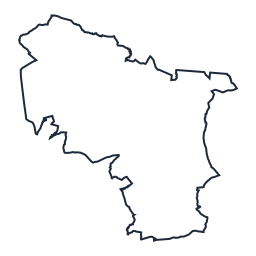 outline of Copacel, Bihor, Romania
{"feature_id": "2599482B8051644338806", "entity_name": "Copacel", "entity_type": "district", "adm_level": 2, "iso_a3": "ROU", "parent_name": "Romania", "parent_adm1": "Bihor", "projection": "natural_earth1", "projection_center": [22.162, 46.971], "detail": "fine", "context": "isolated", "style": "outline", "palette": "slate", "viewbox_px": 256, "rotation_deg": 0, "n_neighbors": 0, "source": "geoboundaries", "source_scale": "gbopen_adm2", "svg_char_len": 5735}
<svg xmlns="http://www.w3.org/2000/svg" viewBox="0 0 256 256"><path d="M200.2,206.8L199.7,206.3L197.9,206.2L197.5,205.0L197.3,203.6L197.8,202.5L197.4,201.2L197.6,200.5L196.7,197.9L197.5,196.0L197.1,194.4L197.5,193.0L198.7,190.5L197.1,190.2L197.0,189.9L197.5,188.9L197.4,187.8L203.6,187.1L204.1,185.0L206.9,181.6L211.6,177.7L214.4,177.0L219.2,175.2L213.7,168.8L212.9,168.1L211.4,167.2L211.5,166.6L209.5,162.6L208.8,160.3L208.0,158.9L206.7,153.5L206.1,148.3L204.2,143.1L203.5,137.5L204.0,132.5L204.4,131.4L205.1,130.5L205.5,127.7L205.8,127.1L206.1,125.2L206.5,124.0L206.4,123.1L206.0,122.5L205.5,122.5L205.6,121.8L205.0,121.0L205.2,120.2L204.8,119.3L204.7,118.6L205.0,117.7L205.4,117.5L205.5,114.1L206.3,114.1L207.3,110.7L209.3,107.3L208.8,106.0L208.3,102.9L212.6,98.5L214.0,94.2L211.7,91.2L215.1,89.8L216.3,90.0L222.8,92.4L227.7,90.4L229.3,90.3L231.1,90.5L232.5,90.2L234.4,89.6L236.8,88.4L234.2,84.4L233.8,84.2L232.9,83.2L231.7,82.9L231.3,82.1L231.1,80.4L230.8,80.2L230.9,79.3L230.3,78.6L230.4,78.3L230.1,78.1L230.1,77.0L229.6,76.8L229.4,75.9L228.8,75.8L228.0,74.9L227.5,75.0L227.0,73.9L210.1,72.6L209.5,78.4L208.6,77.4L205.6,74.7L204.3,72.1L176.5,70.0L176.1,70.2L176.2,72.8L175.9,73.2L176.2,73.5L176.3,74.4L176.8,74.5L176.8,76.1L176.3,76.7L176.8,77.9L175.4,79.7L171.3,80.1L171.8,75.3L159.0,69.7L158.1,69.9L157.3,69.3L155.9,67.6L155.6,66.9L155.1,65.1L154.2,62.8L153.8,60.8L153.4,60.0L151.8,57.9L150.2,56.3L148.2,59.2L146.8,62.1L145.5,63.9L143.4,63.2L140.6,63.5L138.4,62.2L135.3,59.7L133.8,61.3L132.9,61.4L129.9,60.9L129.1,60.4L127.3,60.1L125.7,60.8L125.8,59.8L126.2,59.5L126.0,59.0L126.7,58.8L126.8,58.4L126.7,57.8L128.4,57.3L129.3,57.3L129.2,56.7L130.0,55.8L130.4,55.8L130.8,55.0L130.5,54.8L131.2,54.0L131.2,53.8L130.9,53.7L131.0,53.2L130.9,52.9L129.8,52.8L129.8,52.0L130.8,51.6L130.7,51.3L130.0,51.1L130.5,50.7L130.4,50.5L129.4,50.4L129.4,49.9L129.9,49.7L129.9,49.4L128.2,49.2L128.3,48.5L125.7,47.7L123.2,46.1L121.7,45.8L117.9,45.5L117.3,44.0L117.9,42.5L117.2,41.7L116.5,40.2L114.8,38.0L114.1,36.2L112.3,36.7L109.2,36.7L106.5,36.4L102.5,35.3L102.1,36.0L101.6,36.3L101.3,35.9L100.7,36.2L100.4,35.8L99.6,36.1L98.4,35.1L97.4,34.8L96.9,34.2L96.6,34.1L96.5,33.4L96.1,33.2L95.8,33.4L95.0,33.4L94.7,33.9L93.9,34.2L93.4,34.1L93.4,33.9L92.9,33.7L92.6,33.9L92.3,33.5L91.9,33.8L91.6,33.7L91.2,33.4L90.8,33.4L88.6,32.5L87.3,32.6L86.8,32.2L85.9,32.3L84.4,32.0L83.6,30.7L83.1,30.6L82.8,30.2L82.1,30.0L81.9,29.4L81.0,27.9L80.6,26.5L80.3,26.5L79.2,25.2L78.4,24.7L77.5,25.0L76.9,24.8L76.0,24.0L75.1,24.1L73.6,23.4L71.1,20.5L61.2,17.9L57.9,16.2L53.8,15.4L53.6,15.6L53.2,15.4L52.7,15.7L51.5,15.5L51.4,17.1L48.2,22.0L47.6,24.6L45.7,24.3L42.8,25.1L41.3,25.0L39.8,24.5L38.6,24.9L37.5,26.0L36.8,27.0L34.7,28.6L32.6,29.7L32.1,30.3L29.5,31.7L28.5,33.0L27.2,33.8L25.2,34.5L22.9,34.7L21.9,35.5L20.9,35.7L20.1,37.2L19.2,40.0L19.7,40.3L19.5,41.1L19.6,42.3L20.3,43.6L22.4,45.4L23.7,47.1L27.2,49.3L28.9,51.9L30.0,52.8L28.7,53.9L36.3,60.2L32.0,62.2L22.1,68.2L21.3,69.3L20.8,69.6L20.8,74.7L21.4,81.0L24.3,104.8L25.8,115.2L26.1,118.5L26.5,119.3L28.5,120.7L32.5,122.5L33.0,123.1L34.4,126.2L35.7,133.4L36.0,133.9L37.1,134.3L38.0,131.8L40.5,128.2L41.1,126.0L42.3,123.5L42.2,122.6L42.9,122.2L42.9,121.4L46.1,120.2L46.2,119.9L46.0,119.6L43.7,119.7L43.8,118.2L52.3,115.9L52.7,117.0L52.8,118.5L53.5,119.4L54.0,121.6L52.3,122.9L51.5,124.2L58.1,126.1L57.6,129.5L57.1,131.1L56.5,132.1L55.3,132.5L52.8,135.2L51.8,135.1L51.6,136.1L51.4,136.4L50.5,136.9L50.1,138.1L51.9,137.0L53.5,135.7L55.4,134.9L56.0,134.4L59.2,133.7L60.9,132.3L63.4,132.3L66.2,132.6L65.5,134.9L66.1,136.6L65.8,139.4L64.7,142.1L65.0,143.0L64.9,144.2L64.0,144.7L63.3,147.6L64.1,151.3L64.6,152.6L65.3,152.9L69.5,152.8L72.7,152.1L74.1,152.2L75.0,152.6L76.9,152.3L80.2,152.6L81.7,153.1L85.4,154.9L91.3,161.4L93.1,162.6L95.0,161.9L97.7,161.6L106.3,157.4L109.6,156.8L112.9,155.5L118.7,155.0L118.8,155.3L118.7,156.0L114.2,160.1L112.2,162.8L110.6,163.5L110.7,164.5L110.4,165.6L110.8,166.4L109.8,167.5L110.8,168.7L109.5,171.1L109.5,171.7L111.5,176.5L111.7,178.2L111.9,178.3L112.0,178.0L115.0,176.6L116.6,177.0L117.5,178.1L119.5,178.8L121.5,179.9L122.1,179.8L122.8,178.9L124.9,177.4L126.6,176.8L127.1,177.2L127.4,177.8L132.0,183.5L129.3,185.7L128.9,185.6L128.5,186.2L127.9,186.2L127.9,186.7L127.6,187.2L127.0,187.4L126.7,187.4L126.9,187.2L126.7,187.0L125.9,187.4L124.9,188.6L124.4,188.2L124.1,188.5L123.8,188.3L123.5,188.6L123.4,189.3L123.2,189.4L122.9,188.9L122.6,188.9L122.4,189.2L121.9,189.0L121.4,189.3L121.2,189.2L121.2,188.9L120.5,189.2L122.8,192.3L122.8,193.6L124.6,198.8L126.0,204.2L126.6,205.2L128.3,206.7L129.3,207.1L129.4,208.1L130.9,210.9L131.6,211.7L132.1,212.8L133.5,214.2L133.6,214.8L134.2,214.9L133.0,215.7L133.1,216.6L134.1,218.0L134.3,219.1L134.7,219.6L134.3,221.2L133.1,223.1L133.0,224.3L131.9,224.2L131.2,224.5L131.2,224.9L130.7,225.1L129.9,224.9L129.1,226.2L129.0,226.7L128.2,227.1L128.1,227.3L128.5,227.5L128.6,227.8L128.0,228.2L127.7,228.1L127.6,228.5L127.0,228.9L127.3,229.5L127.0,229.7L126.9,230.0L127.0,230.3L127.5,230.6L127.5,231.5L127.8,232.0L127.8,232.9L127.6,233.6L127.6,234.2L128.1,234.5L128.4,234.3L128.4,234.1L128.7,233.5L131.0,232.5L131.9,232.4L132.6,231.3L133.4,230.9L135.4,231.2L136.3,231.6L139.8,232.1L141.2,232.5L141.0,233.1L140.9,234.7L141.1,236.2L141.4,236.5L140.9,238.8L141.2,239.5L150.2,236.8L152.1,236.8L154.7,238.3L154.4,238.4L154.3,239.2L154.0,239.4L154.0,240.6L156.4,239.9L169.6,238.9L172.7,237.6L174.9,237.5L176.0,237.9L179.5,237.3L180.6,236.6L183.9,236.6L189.0,234.4L192.7,231.0L195.8,230.7L197.6,231.3L202.0,231.8L203.0,232.2L203.6,232.0L203.4,231.2L205.9,226.9L205.8,225.8L205.3,224.5L206.8,221.8L207.5,217.7L207.2,217.2L205.3,216.7L200.6,213.8L199.8,212.4L199.0,211.3L196.6,209.5L196.5,208.6L199.7,207.4L200.2,206.8Z" fill="none" stroke="#1e293b" stroke-width="2"/></svg>